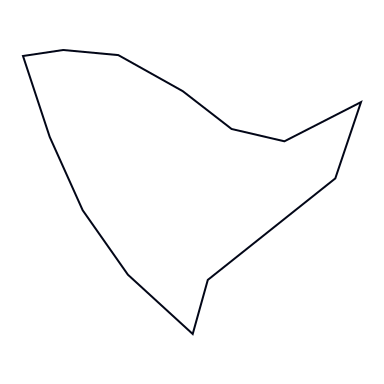 Ceuta, orthographic projection
{"feature_id": "ESP-5815", "entity_name": "Ceuta", "entity_type": "Autonomous City", "adm_level": 1, "iso_a3": "ESP", "parent_name": "Spain", "parent_adm1": "", "projection": "orthographic", "projection_center": [-5.347, 35.887], "detail": "fine", "context": "isolated", "style": "outline", "palette": "ink", "viewbox_px": 384, "rotation_deg": 0, "n_neighbors": 0, "source": "natural_earth", "source_scale": "10m", "svg_char_len": 287}
<svg xmlns="http://www.w3.org/2000/svg" viewBox="0 0 384 384"><path d="M192.7,334.0L127.9,274.7L82.7,210.3L49.7,136.9L23.0,56.0L63.0,50.0L118.3,55.1L182.8,91.2L231.6,129.0L284.4,141.3L361.0,102.1L335.3,178.4L207.8,279.9L192.7,334.0Z" fill="none" stroke="#020617" stroke-width="2"/></svg>